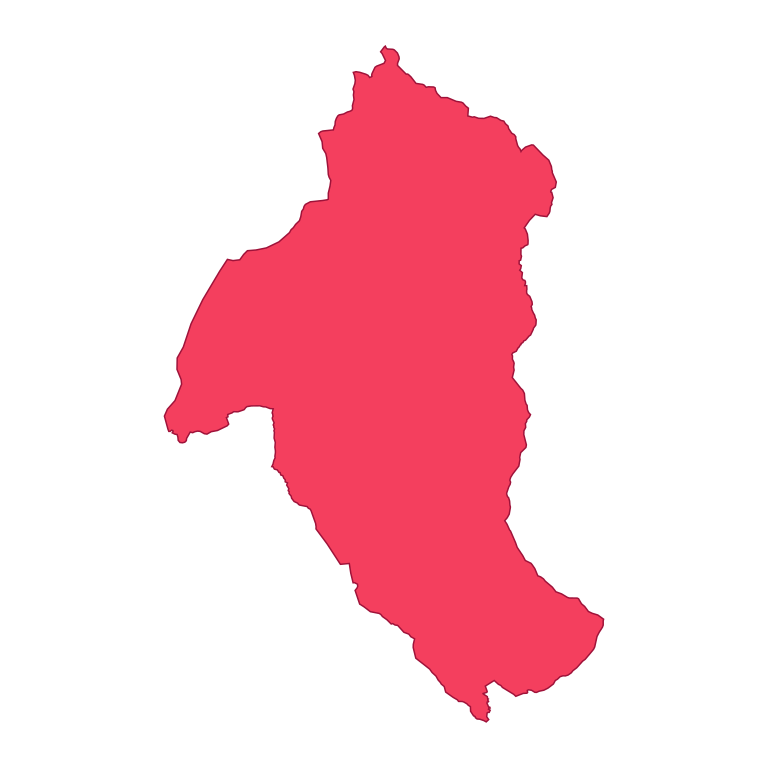 the district of Frasin, Suceava, Romania
{"feature_id": "2599482B18485783850003", "entity_name": "Frasin", "entity_type": "district", "adm_level": 2, "iso_a3": "ROU", "parent_name": "Romania", "parent_adm1": "Suceava", "projection": "albers", "projection_center": [25.81, 47.509], "detail": "fine", "context": "isolated", "style": "filled", "palette": "rose", "viewbox_px": 768, "rotation_deg": 0, "n_neighbors": 0, "source": "geoboundaries", "source_scale": "gbopen_adm2", "svg_char_len": 6084}
<svg xmlns="http://www.w3.org/2000/svg" viewBox="0 0 768 768"><path d="M603.6,619.2L597.8,615.0L592.2,613.3L588.4,611.5L584.7,606.5L581.5,603.8L578.5,598.7L577.2,598.1L569.3,598.0L567.4,597.4L561.6,593.9L555.9,591.8L552.4,587.2L545.3,581.2L543.5,578.9L540.7,576.9L537.8,575.8L534.8,568.6L532.3,564.9L531.0,563.3L525.3,560.5L522.7,555.6L517.2,547.4L515.6,542.8L510.5,531.0L509.7,530.2L507.0,524.2L504.7,520.7L507.2,517.8L509.2,514.2L510.2,508.5L510.4,507.0L509.9,505.0L509.6,501.0L508.6,497.7L507.5,496.6L506.7,494.2L506.7,493.0L508.8,486.8L510.1,484.4L510.6,482.1L509.8,480.1L510.7,477.3L512.8,473.9L518.8,466.1L520.0,459.5L519.7,457.3L520.7,452.6L525.9,447.5L526.4,444.9L523.8,434.6L523.9,430.8L525.7,427.4L525.4,423.6L526.7,421.4L526.8,419.8L529.4,417.0L530.5,414.6L528.7,412.6L527.5,409.9L527.1,405.3L526.1,404.0L524.9,400.2L524.4,393.5L522.7,390.1L520.7,388.2L512.3,377.6L514.1,370.1L513.6,367.1L514.1,363.4L513.8,362.1L512.4,359.2L512.5,355.9L511.8,354.5L512.8,352.9L516.3,351.2L518.0,348.0L519.1,347.0L520.3,344.9L521.0,344.6L521.1,343.6L522.9,342.5L523.8,340.9L525.6,340.1L529.0,336.1L530.6,335.0L533.2,329.5L533.5,328.2L535.8,325.1L536.0,323.7L536.2,319.8L535.3,318.0L534.6,315.1L533.3,312.9L531.7,309.3L531.7,308.0L531.1,306.6L532.3,304.3L532.0,301.7L529.8,296.4L527.5,294.5L526.7,293.2L526.6,290.6L526.9,289.3L526.7,285.6L524.7,285.6L525.5,283.1L525.4,281.5L524.8,280.4L523.2,280.0L522.0,278.5L521.8,277.5L522.4,272.6L519.7,270.2L520.7,268.8L521.3,265.6L519.1,263.9L519.2,260.7L520.6,260.2L521.5,256.2L520.9,254.5L521.0,248.2L522.7,247.9L525.1,245.8L527.7,244.7L528.0,244.0L528.1,240.4L527.4,234.1L525.3,229.0L524.2,227.9L529.5,220.3L535.2,214.3L540.3,215.8L546.9,216.6L549.3,213.0L549.9,211.2L550.2,208.0L550.7,206.0L551.9,204.5L551.5,202.6L553.1,197.7L551.7,192.3L550.9,192.2L550.7,191.4L551.6,189.4L555.3,187.4L556.3,182.0L552.3,172.7L552.3,171.1L551.8,169.8L551.4,166.5L548.8,160.2L542.8,154.9L533.4,145.1L531.6,144.9L525.5,147.1L521.7,150.4L521.0,151.5L520.0,148.9L518.6,147.3L517.6,145.5L515.8,138.8L515.8,136.8L514.2,134.6L511.7,133.2L508.7,128.7L508.0,126.0L505.4,123.7L503.8,121.1L500.9,120.4L496.6,117.7L494.3,117.5L490.5,116.2L484.1,118.4L478.6,118.3L474.2,116.8L472.5,117.2L467.8,115.9L468.4,108.2L465.6,106.0L463.0,103.0L461.4,102.2L456.1,101.3L447.3,97.6L441.0,97.6L437.0,93.4L435.5,90.3L435.1,87.8L433.7,87.0L428.3,86.8L426.2,87.3L424.0,85.0L422.7,84.4L416.0,83.4L410.9,76.8L408.3,74.4L407.2,74.0L406.2,74.2L397.5,65.4L397.6,63.1L399.2,58.9L399.0,56.8L397.4,53.0L394.3,49.9L392.9,49.3L387.4,49.0L386.3,48.2L385.3,46.1L384.2,47.0L380.6,51.8L382.1,53.5L385.5,60.5L384.0,63.3L376.7,66.1L375.0,67.3L372.0,73.6L371.7,74.9L371.9,76.5L369.7,77.5L368.0,75.3L365.8,74.2L359.8,72.3L356.0,71.7L353.3,72.4L354.4,75.3L355.3,80.3L354.9,83.6L353.0,89.1L353.9,91.6L353.4,95.0L354.0,99.5L352.4,105.7L352.6,108.2L352.3,109.6L351.7,110.4L349.9,111.3L347.4,112.0L343.6,114.0L339.1,114.9L337.8,115.9L336.4,118.3L335.3,121.3L335.0,125.0L333.9,127.6L333.4,129.9L322.8,131.0L320.8,131.7L318.6,133.5L322.1,141.7L322.7,148.3L325.8,153.5L326.7,157.6L327.9,167.8L328.3,174.5L329.1,177.2L330.8,180.4L330.0,186.1L328.3,193.1L328.3,199.2L327.1,199.8L322.7,200.5L310.3,201.8L305.4,204.4L304.1,206.3L303.3,209.1L301.7,211.3L300.8,216.6L299.5,220.6L295.6,224.4L293.4,227.6L291.1,229.7L289.5,232.6L278.9,241.9L266.4,247.9L256.0,250.0L247.4,250.7L243.7,254.4L239.8,259.8L233.0,260.6L227.4,259.4L219.7,271.2L202.8,299.6L191.1,323.7L183.3,347.1L177.2,358.0L177.0,369.4L181.1,379.5L181.6,384.2L175.0,400.6L167.4,409.2L164.4,416.1L167.9,429.0L168.8,431.4L170.1,431.4L171.5,430.2L172.8,430.5L173.1,431.4L172.2,432.8L175.0,434.2L177.1,434.5L177.9,437.1L178.2,440.4L180.0,442.5L182.5,442.8L184.8,442.2L186.3,440.7L186.6,438.4L190.2,432.1L192.7,432.7L194.9,431.7L197.6,431.1L200.2,431.4L204.3,433.7L207.0,434.1L211.2,431.7L217.5,430.5L227.2,425.8L228.7,424.1L226.4,417.6L228.0,416.8L227.7,414.5L232.2,412.8L233.6,411.7L238.0,411.8L243.0,410.1L244.2,409.6L245.7,407.6L247.0,406.6L251.4,405.9L259.8,405.8L263.4,406.8L265.7,406.9L270.1,408.6L273.2,408.8L272.1,413.0L272.5,413.3L273.0,416.4L272.4,417.5L272.3,418.8L274.1,422.8L273.2,425.0L273.7,425.6L273.9,427.6L274.6,428.9L273.9,430.8L274.4,432.2L274.1,438.1L275.3,442.4L274.9,447.2L275.4,450.7L275.4,452.8L274.9,456.3L275.1,457.8L273.8,460.6L273.0,464.1L271.8,466.6L273.0,466.7L274.4,469.1L277.3,469.9L279.0,472.4L280.1,472.6L280.8,475.0L282.8,475.7L283.8,478.2L285.2,479.7L285.2,481.8L287.5,482.9L286.7,485.1L288.8,488.6L288.2,490.7L289.2,491.6L289.0,493.5L291.2,496.2L291.6,498.2L294.1,501.5L297.7,503.2L298.5,504.4L299.7,505.1L307.2,506.6L308.4,508.3L310.0,509.0L311.0,510.5L315.6,523.4L316.1,526.7L316.0,528.9L327.2,544.0L340.4,564.3L349.3,563.5L350.8,573.3L353.1,582.8L354.6,582.7L357.5,584.2L357.7,586.5L356.9,588.2L355.1,590.4L359.7,604.1L363.7,606.6L370.4,611.7L379.1,613.4L380.8,614.4L382.4,616.5L387.0,619.8L391.2,624.0L392.8,623.6L395.0,625.0L397.7,625.4L403.9,632.3L408.8,634.1L410.8,636.7L414.6,638.8L413.3,644.3L413.2,647.5L415.8,658.2L429.7,669.1L432.1,672.5L436.0,676.1L438.2,680.1L440.3,682.4L441.3,684.1L444.2,686.5L445.7,692.1L453.2,697.4L457.5,699.9L458.5,701.4L462.3,701.5L463.8,702.0L466.9,703.8L468.3,705.3L470.4,706.6L470.6,711.3L473.6,715.9L474.6,716.2L475.2,716.7L475.3,717.6L477.1,719.0L479.8,719.2L483.9,720.6L486.2,721.9L488.7,719.6L486.7,716.7L487.1,713.0L488.0,712.4L489.2,712.4L490.2,710.2L488.5,709.2L489.0,708.2L490.1,708.0L489.7,707.1L488.7,707.2L487.0,703.2L487.2,702.0L488.4,701.8L488.6,701.3L487.8,700.4L487.7,699.6L488.3,699.0L487.6,698.5L487.3,696.6L483.3,694.0L483.1,693.5L486.8,692.4L487.2,691.5L485.3,686.1L494.2,680.5L498.4,684.3L500.9,685.5L502.4,687.4L513.7,694.3L515.8,696.3L523.2,693.4L526.9,693.2L527.6,692.5L527.3,690.4L528.6,689.8L531.6,690.3L534.8,692.3L536.5,692.4L539.2,691.2L543.9,690.2L548.0,688.1L553.4,684.0L555.3,680.5L557.5,679.2L560.1,676.7L563.0,675.8L565.3,675.9L568.0,675.1L571.3,672.8L572.9,670.7L576.7,667.8L582.7,661.1L585.2,659.3L593.5,649.4L594.7,647.0L597.0,636.5L599.1,632.4L602.4,627.3L603.2,625.1L603.2,620.9L603.6,619.2Z" fill="#f43f5e" stroke="#9f1239" stroke-width="1.5"/></svg>